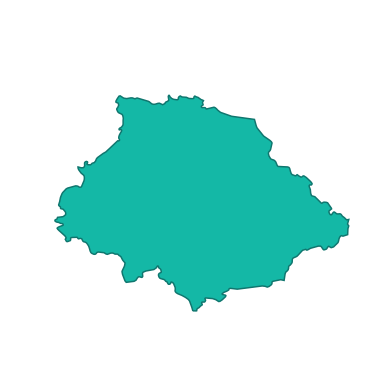 an SVG outline of Poltava, rotated 161°
{"feature_id": "UKR-330", "entity_name": "Poltava", "entity_type": "Region", "adm_level": 1, "iso_a3": "UKR", "parent_name": "Ukraine", "parent_adm1": "", "projection": "albers", "projection_center": [33.89, 49.646], "detail": "fine", "context": "isolated", "style": "filled", "palette": "teal", "viewbox_px": 384, "rotation_deg": 161, "n_neighbors": 0, "source": "natural_earth", "source_scale": "10m", "svg_char_len": 5991}
<svg xmlns="http://www.w3.org/2000/svg" viewBox="0 0 384 384"><g transform="rotate(161 192 192)"><path d="M106.4,100.9L113.3,97.2L114.6,96.9L117.5,96.7L118.3,96.4L118.7,96.1L119.1,95.6L120.1,93.1L121.0,92.1L122.8,91.0L124.3,90.5L124.7,90.2L125.0,89.8L125.6,88.3L126.4,87.2L127.4,86.5L129.4,85.7L130.6,84.3L133.7,78.4L136.7,80.2L144.4,81.2L145.4,81.0L145.9,80.3L146.2,79.4L146.7,78.8L147.6,78.3L149.9,77.6L151.8,77.6L153.5,79.0L156.2,80.3L180.8,85.4L187.0,88.4L187.8,88.5L188.4,88.4L189.2,87.4L191.4,86.9L194.8,86.7L196.7,85.9L196.7,85.5L196.4,85.1L193.9,83.5L193.7,83.0L193.9,82.7L194.4,82.1L198.6,80.2L201.3,79.5L202.5,79.8L204.5,82.4L207.2,84.5L213.4,87.3L214.0,87.3L214.4,87.2L214.5,86.7L214.4,85.4L214.5,85.0L215.2,84.3L215.9,83.9L218.3,84.6L218.7,84.4L219.0,84.1L219.1,83.6L218.9,82.6L219.0,82.2L219.4,81.8L221.1,81.4L222.9,80.4L224.6,80.1L225.3,79.7L225.8,79.2L226.2,78.2L226.7,78.2L229.4,79.2L229.9,79.8L229.7,82.8L229.8,89.2L229.9,90.1L230.5,91.7L232.4,94.4L235.2,97.5L238.7,100.6L239.7,101.9L240.2,103.1L240.2,104.0L239.4,105.7L239.0,107.2L239.2,111.0L239.4,111.9L239.6,112.3L240.5,113.5L241.0,113.6L241.4,113.5L241.9,112.6L242.3,112.3L243.3,112.1L244.2,112.4L244.6,113.1L244.9,115.0L245.1,115.4L245.9,116.1L246.4,117.6L246.9,118.3L249.9,120.4L250.5,121.1L250.8,121.9L250.9,122.7L250.9,123.7L250.6,124.7L250.3,125.2L249.3,125.8L247.5,126.0L247.2,126.3L247.0,126.7L246.8,128.3L246.8,128.9L247.0,129.6L248.0,131.0L248.1,131.5L248.0,132.6L248.3,133.2L248.9,133.2L250.5,131.9L253.3,131.1L261.3,132.3L264.2,132.1L264.9,131.7L265.4,131.0L266.0,128.4L266.4,127.9L267.0,127.6L267.5,127.7L269.3,129.0L269.8,129.2L270.3,129.2L271.8,128.4L273.7,126.8L275.9,126.4L283.6,128.0L284.3,129.8L284.5,136.8L284.1,139.5L283.6,140.2L280.0,143.9L278.4,146.7L279.7,150.1L280.3,154.0L280.7,154.7L281.5,155.5L282.3,157.1L282.7,157.5L285.1,158.4L286.2,159.6L287.3,160.3L288.9,160.7L292.2,160.6L293.4,161.3L294.9,163.2L300.0,165.7L301.5,165.8L302.9,164.9L303.7,164.7L304.7,164.9L305.2,165.2L306.6,166.5L307.3,167.6L307.5,169.4L307.3,173.0L307.4,174.9L308.1,177.5L308.4,178.3L309.1,179.2L310.7,180.3L311.0,180.8L311.2,181.2L311.5,183.7L312.4,184.4L314.6,184.7L314.9,185.1L315.2,186.2L315.4,186.6L320.0,188.0L321.1,188.2L321.8,187.9L322.3,186.4L322.8,185.7L325.8,185.6L326.4,185.8L326.7,186.1L326.9,186.5L327.2,188.6L326.0,189.5L326.0,190.3L326.5,192.0L330.3,198.9L331.1,200.6L331.3,201.7L330.6,202.1L328.9,202.4L325.0,202.5L324.6,202.7L324.4,203.0L324.5,203.9L324.8,204.3L326.5,205.1L327.9,206.6L329.7,207.6L330.6,208.5L331.0,209.3L330.9,209.6L330.6,210.1L330.2,210.2L328.4,210.5L327.4,211.8L322.2,210.7L321.3,210.8L318.9,211.7L318.3,213.1L318.2,214.5L319.3,217.3L319.7,217.9L321.4,218.9L321.6,219.7L321.3,220.3L321.3,220.9L322.2,222.2L322.3,222.7L322.3,223.2L320.2,226.1L318.1,229.7L315.7,232.5L314.4,233.6L310.0,235.9L308.3,236.2L300.1,235.7L298.7,235.1L297.7,234.3L297.0,233.3L296.3,232.9L295.4,232.8L294.6,233.2L290.4,237.9L289.7,239.1L289.2,240.3L288.9,241.5L288.8,242.2L289.0,243.2L290.7,246.0L291.8,249.5L292.0,251.0L291.9,252.0L291.6,252.8L289.1,251.1L288.2,250.7L286.7,250.4L285.7,250.9L285.0,251.7L284.3,254.0L283.9,254.8L282.9,255.3L281.9,255.3L281.1,254.7L281.0,254.3L281.3,253.5L282.2,252.7L282.2,252.3L281.6,251.7L279.3,250.8L278.8,250.8L277.0,251.7L274.9,251.6L273.2,252.6L271.5,254.5L270.2,255.3L263.4,257.4L260.5,257.9L245.6,264.6L244.7,264.2L243.8,264.4L243.5,265.0L243.7,266.8L243.4,267.7L242.3,269.3L241.1,270.5L239.0,272.3L238.5,273.0L238.4,273.4L238.7,274.1L240.5,274.4L240.6,274.8L240.5,275.3L239.6,275.9L238.5,276.0L237.0,276.6L235.5,277.8L235.0,278.7L233.8,282.2L233.0,284.0L232.8,285.0L232.6,286.6L232.8,288.0L233.0,288.3L235.7,291.0L236.1,292.2L236.3,294.5L235.8,295.5L234.8,296.0L233.1,297.9L233.0,298.3L232.9,299.7L233.0,300.2L234.6,301.5L234.5,302.3L234.0,303.0L232.1,304.7L229.8,306.4L228.6,306.3L226.0,303.0L223.4,301.6L219.1,300.9L217.6,300.3L215.6,298.7L213.8,298.8L213.2,298.7L203.8,292.0L203.1,291.3L201.5,288.7L200.8,288.0L199.5,287.3L198.1,287.0L195.2,286.9L193.8,286.5L191.3,284.1L188.7,284.5L188.5,284.9L188.0,285.3L187.3,285.6L185.7,285.7L184.3,286.2L183.9,287.1L183.4,289.9L183.1,290.4L182.6,290.9L182.2,290.9L182.0,290.6L181.7,288.9L180.7,287.0L179.2,285.6L176.2,284.1L175.4,284.0L174.9,284.2L174.0,285.8L173.1,286.4L172.1,286.6L171.6,286.5L171.0,285.6L170.1,284.9L166.5,283.4L164.5,281.5L161.9,280.4L160.7,280.0L159.9,280.0L159.0,281.4L158.3,281.8L158.0,281.7L156.9,280.5L155.5,279.5L153.4,276.5L151.8,275.2L151.4,274.6L152.6,273.7L153.0,273.0L153.1,270.8L154.7,270.3L155.3,269.9L155.4,269.1L155.0,268.5L152.3,267.6L151.9,267.1L151.6,266.0L151.3,265.8L143.6,265.0L142.6,264.1L141.7,262.6L141.1,261.1L139.1,258.0L129.9,250.7L109.3,240.3L109.7,234.3L109.7,232.1L109.5,231.1L106.2,221.9L105.8,221.2L102.1,216.2L101.3,215.0L100.6,213.6L100.4,212.8L100.4,212.2L103.8,206.7L104.7,205.8L106.5,204.8L107.0,204.0L107.3,203.3L107.5,201.0L106.9,198.1L106.4,197.2L104.3,195.6L103.6,194.7L103.0,193.1L102.8,189.5L102.6,188.7L102.2,188.1L93.3,184.5L92.3,183.6L92.0,182.5L92.2,179.3L92.2,177.1L91.7,175.9L89.1,173.7L88.3,173.6L87.6,174.0L86.9,174.1L85.5,172.1L84.1,170.6L83.3,170.5L81.8,171.0L81.0,170.8L79.2,168.5L76.4,163.2L75.7,161.0L76.1,160.2L76.8,159.8L78.4,160.3L79.0,160.0L79.3,159.5L79.4,158.8L79.3,155.9L80.2,152.1L80.2,150.1L80.0,149.5L79.6,149.1L77.4,147.6L73.3,139.3L72.5,139.1L71.3,139.5L70.4,139.4L68.5,138.6L67.3,137.7L65.5,131.4L65.5,130.6L68.5,129.5L68.8,129.0L69.1,128.4L69.0,126.9L68.7,125.8L68.2,125.3L67.5,125.1L64.8,126.9L63.8,126.6L62.3,124.3L61.1,123.7L59.4,123.3L58.9,123.0L58.3,122.3L57.7,120.2L56.1,117.9L55.6,116.6L54.7,115.3L52.7,115.0L55.1,111.5L55.4,110.8L54.8,109.1L54.9,108.8L56.5,106.6L58.7,101.0L63.6,101.1L65.0,102.1L66.2,101.8L67.1,101.1L68.0,100.2L69.7,97.5L70.5,96.6L76.0,94.0L78.0,94.0L78.6,94.1L80.2,96.0L80.5,96.2L81.0,96.1L83.4,94.3L85.2,94.2L86.2,94.4L86.7,95.0L87.5,98.0L88.0,98.9L90.1,99.7L98.3,100.2L101.5,99.6L102.3,99.7L102.7,99.9L103.0,100.7L103.4,100.8L106.4,100.9Z" fill="#14b8a6" stroke="#0f766e" stroke-width="1.5"/></g></svg>